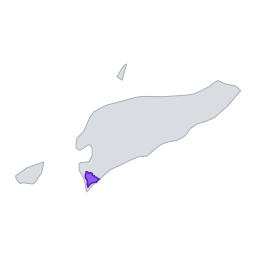 Tilomar, Cova Lima, East Timor shown in context
{"feature_id": "22284137B39285760424005", "entity_name": "Tilomar", "entity_type": "district", "adm_level": 2, "iso_a3": "TLS", "parent_name": "East Timor", "parent_adm1": "Cova Lima", "projection": "equal_earth", "projection_center": [125.135, -9.378], "detail": "fine", "context": "in_parent", "style": "filled", "palette": "violet", "viewbox_px": 256, "rotation_deg": 0, "n_neighbors": 0, "source": "geoboundaries", "source_scale": "gbopen_adm2", "svg_char_len": 3480}
<svg xmlns="http://www.w3.org/2000/svg" viewBox="0 0 256 256"><path d="M86.6,191.8L84.2,179.7L81.7,174.5L79.7,171.6L79.0,167.9L79.2,164.1L80.4,162.4L88.8,161.9L92.2,155.7L92.2,148.2L90.5,145.7L88.8,144.6L80.1,150.2L77.5,149.2L76.0,147.2L76.5,138.9L83.8,131.1L89.9,117.1L94.2,111.5L104.2,106.2L108.3,104.7L137.5,97.0L144.5,96.4L163.0,96.7L187.7,95.0L193.9,93.9L201.8,90.5L209.5,86.3L213.6,83.0L217.9,80.5L224.2,83.6L235.0,85.9L237.9,87.9L240.6,90.7L228.1,105.5L214.3,117.7L205.8,121.4L197.0,123.9L190.3,128.7L184.6,136.1L177.4,140.3L169.3,141.7L162.3,143.9L156.0,148.3L147.3,155.8L143.7,156.5L139.9,156.3L132.7,159.2L110.1,169.9L96.4,181.8L86.6,191.8ZM15.4,176.0L26.5,168.0L43.5,161.9L43.1,166.4L41.4,173.5L38.8,176.8L34.9,182.7L32.4,184.0L22.2,182.7L20.8,183.6L19.1,182.9L16.5,179.1L15.4,176.0ZM126.6,64.2L122.0,80.2L117.0,76.8L122.3,67.8L124.8,65.1L126.6,64.2Z" fill="#d9dde1" stroke="#a8b0b8" stroke-width="1"/><path d="M85.3,174.4L85.3,174.5L85.4,174.8L85.5,174.8L85.5,175.0L85.4,175.2L85.4,175.3L85.5,175.4L85.5,175.7L85.5,175.8L85.5,176.0L85.4,176.1L85.5,176.3L85.4,176.7L85.4,176.8L85.4,177.0L85.5,177.1L85.5,177.3L85.4,177.4L85.4,177.5L85.5,177.7L85.5,177.8L85.5,178.0L85.9,178.2L85.9,178.3L86.0,178.3L86.0,178.5L86.1,178.8L86.3,178.8L86.5,178.9L86.5,179.0L86.6,179.3L86.6,179.5L86.8,179.7L86.8,179.8L87.0,179.8L87.1,180.0L87.3,180.3L87.4,180.5L87.4,180.8L87.3,181.0L87.3,181.3L87.2,181.4L87.2,181.6L87.2,181.8L87.3,181.9L87.3,182.0L87.4,182.3L87.5,182.4L87.5,182.5L87.5,182.8L87.4,182.8L87.3,183.0L87.4,183.3L87.5,183.4L87.5,183.6L87.4,183.7L87.4,183.9L87.5,183.9L87.5,184.0L87.4,184.1L87.5,184.2L87.6,184.3L87.5,184.5L87.4,184.6L87.5,184.8L87.5,185.0L87.4,185.2L87.4,185.3L87.5,185.4L87.5,185.5L87.6,185.8L87.7,186.0L87.8,186.1L88.0,186.2L87.9,186.2L87.9,186.3L87.8,186.5L88.0,186.7L88.0,186.8L88.0,187.0L88.2,186.9L88.4,186.5L88.5,186.4L88.6,186.2L88.8,185.9L89.1,185.5L89.1,185.4L89.4,185.1L89.6,184.9L89.8,184.7L90.0,184.4L90.3,184.1L90.5,184.0L90.6,183.8L91.0,183.6L91.2,183.4L91.4,183.4L91.6,183.2L91.9,183.1L92.0,183.0L92.2,182.9L92.4,182.9L92.5,182.8L92.8,182.7L93.0,182.7L93.3,182.6L93.7,182.6L93.9,182.5L94.0,182.5L94.4,182.4L94.8,182.3L95.0,182.3L95.2,182.2L95.3,182.2L95.6,182.3L95.8,182.3L96.0,182.4L96.2,182.5L96.3,182.4L96.5,182.2L96.7,181.9L96.8,181.8L96.8,181.7L97.0,181.5L97.3,181.2L97.5,180.9L97.6,180.7L97.8,180.4L98.1,180.1L98.3,179.8L98.5,179.6L98.8,179.3L98.9,179.1L99.0,179.1L98.6,178.8L98.5,178.7L98.4,178.6L98.2,178.6L97.8,178.5L97.6,178.4L97.4,178.3L97.2,178.2L97.0,177.8L97.0,177.7L96.9,177.6L96.8,177.4L96.7,177.4L96.3,177.4L96.1,177.4L95.9,177.3L95.6,177.2L95.4,177.3L95.1,177.2L94.9,177.1L94.8,176.9L94.7,176.8L94.7,176.7L94.6,176.4L94.6,176.2L94.5,175.9L94.2,175.9L93.9,175.8L93.8,175.7L93.7,175.6L93.4,175.6L93.2,175.6L92.9,175.5L92.7,175.4L92.5,175.2L92.4,174.8L92.3,174.7L92.3,174.4L92.3,174.2L92.4,173.9L92.5,173.8L92.5,173.7L92.4,173.6L92.2,173.5L91.9,173.4L91.7,173.3L91.5,173.2L91.4,173.2L91.1,173.1L90.9,173.0L90.9,172.9L90.9,172.7L90.5,172.6L90.3,172.7L90.2,172.7L90.0,172.8L89.9,172.9L89.7,172.9L89.7,173.0L89.3,173.1L89.2,173.0L89.1,172.9L88.9,173.0L88.7,173.0L88.5,172.9L88.4,172.8L88.3,172.6L88.1,172.5L88.0,172.4L87.9,172.3L87.9,172.2L87.7,172.0L87.5,171.9L87.4,171.9L87.2,171.9L86.9,171.9L86.7,171.7L86.4,171.8L86.1,171.8L86.2,172.1L86.2,172.3L86.2,172.5L86.2,172.9L86.2,173.0L86.2,173.3L86.0,173.5L85.9,173.7L85.8,173.8L85.7,173.9L85.6,174.0L85.4,174.2L85.3,174.4Z" fill="#8b5cf6" stroke="#5b21b6" stroke-width="1.5"/></svg>